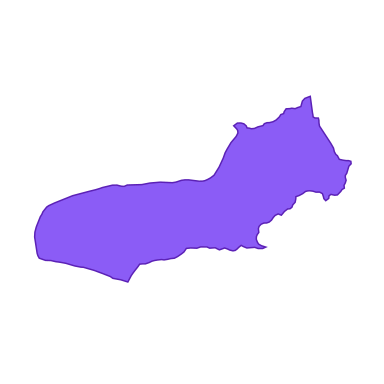 Guaraci, São Paulo, Brazil, rotated 264°
{"feature_id": "56859067B7118105904945", "entity_name": "Guaraci", "entity_type": "district", "adm_level": 2, "iso_a3": "BRA", "parent_name": "Brazil", "parent_adm1": "São Paulo", "projection": "natural_earth1", "projection_center": [-49.001, -20.371], "detail": "fine", "context": "isolated", "style": "filled", "palette": "violet", "viewbox_px": 384, "rotation_deg": 264, "n_neighbors": 0, "source": "geoboundaries", "source_scale": "gbopen_adm2", "svg_char_len": 2713}
<svg xmlns="http://www.w3.org/2000/svg" viewBox="0 0 384 384"><g transform="rotate(264 192 192)"><path d="M109.2,118.8L115.3,122.9L117.6,124.9L120.0,127.1L121.9,129.0L123.6,130.6L125.7,132.4L125.7,135.2L125.4,138.1L126.3,142.0L127.4,145.0L127.8,147.6L128.0,150.6L128.0,154.7L127.4,157.1L127.6,160.7L128.0,163.8L128.0,167.6L129.3,170.9L131.5,175.0L133.2,177.7L136.5,180.5L136.5,184.9L135.6,191.0L136.5,194.9L135.8,201.1L134.3,203.7L134.2,207.2L134.1,209.3L132.9,211.1L131.6,213.2L132.9,218.6L131.7,221.2L130.3,223.5L129.2,226.6L129.4,228.9L130.6,230.9L132.0,232.6L133.8,235.3L132.3,237.5L130.6,240.7L130.5,245.0L130.4,248.6L128.9,251.8L128.4,256.3L129.5,259.6L131.3,255.5L133.2,252.8L135.3,251.8L138.2,251.0L140.9,251.4L142.9,252.5L144.8,254.2L148.6,254.2L150.8,255.1L152.7,257.3L153.6,260.2L153.4,263.0L154.0,265.6L155.7,268.1L158.3,270.3L160.0,272.2L161.2,275.4L159.6,278.4L161.0,279.9L163.0,281.9L165.1,285.3L165.1,287.8L166.4,289.8L168.7,290.9L171.0,293.5L174.3,294.5L176.5,294.8L177.3,298.2L178.8,301.9L180.7,305.0L181.0,307.2L180.9,309.3L180.2,312.3L178.9,315.3L178.6,318.8L176.8,321.5L174.2,322.1L171.5,322.5L169.4,324.1L171.3,327.3L173.9,327.9L175.1,329.9L173.9,333.5L173.9,336.3L177.0,340.0L178.8,341.5L179.9,343.9L182.8,343.9L185.0,345.4L187.6,346.5L190.3,346.0L192.4,346.2L194.5,347.9L198.1,349.4L201.3,350.7L203.4,353.2L205.9,353.2L206.8,351.1L207.1,348.6L207.9,345.4L209.1,341.9L212.9,340.4L214.3,339.0L217.1,337.8L220.9,337.3L225.9,335.1L242.1,326.8L244.2,325.7L247.2,325.5L250.1,325.7L252.3,325.4L252.8,321.9L254.0,320.3L255.9,320.3L258.1,320.1L274.8,319.6L274.2,317.3L273.3,314.0L270.9,311.3L267.9,310.1L265.6,309.2L264.9,305.8L264.1,303.3L264.9,300.0L264.7,297.9L264.9,294.3L262.3,292.1L260.4,291.3L259.7,288.4L257.5,286.7L254.8,283.2L253.4,279.9L252.9,276.2L253.1,273.9L252.4,271.1L250.6,269.5L249.9,264.4L248.7,260.8L248.7,257.7L249.5,255.7L250.0,253.4L252.0,252.9L254.4,250.7L255.5,247.9L255.8,244.3L253.5,240.4L250.0,243.1L248.3,243.9L245.8,243.8L242.6,241.7L237.0,235.9L231.1,231.5L227.6,229.1L222.4,226.6L214.0,221.6L206.4,215.7L204.1,211.9L202.8,208.8L201.9,205.9L201.7,203.6L202.0,200.2L204.4,190.0L204.8,186.3L204.7,182.7L203.5,177.0L203.3,173.4L205.1,161.4L205.3,151.1L204.6,142.8L205.7,128.3L204.7,125.2L205.0,122.9L205.6,121.0L206.7,118.1L207.1,113.5L205.8,103.4L205.1,100.5L204.3,96.3L203.5,90.4L200.8,72.9L195.5,54.3L193.4,48.1L192.2,45.9L187.9,41.7L185.4,40.3L183.3,38.6L174.9,34.2L173.3,33.4L168.5,31.6L163.7,30.8L147.1,31.6L144.7,32.1L142.1,33.2L139.3,39.2L138.6,44.5L136.9,49.4L136.2,52.5L134.3,59.0L130.7,67.7L128.9,73.6L128.5,76.1L124.4,86.2L120.6,93.9L116.5,101.9L114.4,104.3L113.4,107.7L112.1,112.1L109.2,118.8Z" fill="#8b5cf6" stroke="#5b21b6" stroke-width="1.5"/></g></svg>